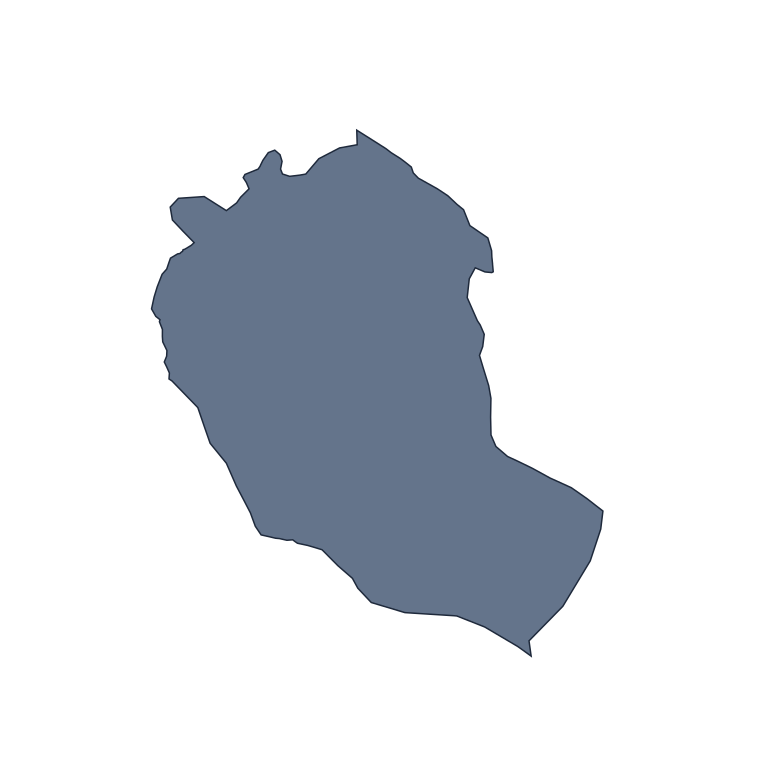 Ibaji, Kogi, Nigeria, rotated 305°
{"feature_id": "59680162B39308677673484", "entity_name": "Ibaji", "entity_type": "district", "adm_level": 2, "iso_a3": "NGA", "parent_name": "Nigeria", "parent_adm1": "Kogi", "projection": "orthographic", "projection_center": [6.796, 6.809], "detail": "fine", "context": "isolated", "style": "filled", "palette": "slate", "viewbox_px": 768, "rotation_deg": 305, "n_neighbors": 0, "source": "geoboundaries", "source_scale": "gbopen_adm2", "svg_char_len": 1863}
<svg xmlns="http://www.w3.org/2000/svg" viewBox="0 0 768 768"><g transform="rotate(305 384 384)"><path d="M264.8,205.0L264.9,208.5L257.9,245.0L245.8,261.6L235.7,275.6L228.7,300.3L215.8,321.5L208.8,335.1L201.8,348.5L193.7,360.1L193.6,360.3L189.9,369.9L193.2,377.9L195.5,383.7L197.4,387.0L200.3,394.1L204.0,398.6L203.9,401.3L203.9,404.4L208.0,414.1L210.4,421.2L212.7,428.3L208.7,450.5L206.7,469.6L201.7,479.7L197.7,498.9L208.7,532.2L216.3,544.7L234.0,573.7L235.7,576.6L242.7,605.8L245.7,644.2L245.5,660.6L256.8,650.1L304.5,658.0L357.4,654.4L389.4,644.8L405.5,636.2L406.0,626.1L406.5,616.5L406.5,596.9L402.2,573.8L400.1,554.4L399.8,552.3L397.4,537.4L395.5,526.8L397.0,511.5L403.6,500.9L417.9,490.4L433.6,479.8L442.7,470.7L454.6,455.4L462.2,445.8L463.3,445.5L471.3,443.4L482.2,437.6L487.5,429.0L489.4,424.2L493.4,417.6L502.5,402.6L519.1,393.5L531.5,392.1L533.7,402.4L537.1,408.4L538.6,409.1L544.4,404.2L544.7,404.0L546.9,402.1L548.2,401.0L548.3,400.9L549.9,399.5L554.9,395.7L563.2,385.3L563.0,363.5L572.4,349.2L573.0,340.8L574.8,328.5L574.5,315.8L572.3,294.1L573.7,286.9L577.4,281.9L577.9,273.8L578.1,268.1L577.6,257.2L577.9,250.5L576.3,216.1L564.6,224.8L551.9,212.2L531.2,201.4L511.1,199.5L506.6,195.0L500.0,187.6L497.8,180.4L500.7,176.0L507.9,172.8L512.2,167.3L512.9,160.4L507.2,156.5L497.8,156.5L492.6,157.3L491.3,157.6L487.8,157.6L475.9,149.9L472.3,150.3L470.1,155.7L466.5,161.5L454.7,159.4L447.8,159.4L435.6,155.4L434.4,129.2L418.2,109.1L406.3,107.4L397.0,116.6L393.8,132.0L390.9,147.4L387.1,146.6L379.9,143.4L378.8,142.4L377.1,142.9L375.7,142.3L373.9,142.0L372.2,140.3L364.6,136.9L359.6,138.3L353.5,140.1L346.6,139.3L333.5,142.5L323.4,145.8L312.2,150.5L308.5,158.3L308.2,163.6L306.2,164.3L301.6,171.2L295.8,175.2L291.6,178.6L286.9,187.0L282.1,190.0L276.0,191.4L273.3,196.3L269.9,201.9L264.8,205.0Z" fill="#64748b" stroke="#1e293b" stroke-width="1.5"/></g></svg>